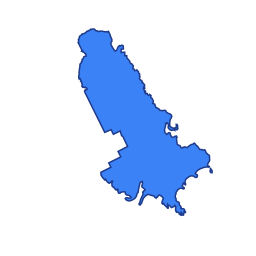 the district of Shellharbour, New South Wales, Australia, rotated 54°
{"feature_id": "25037944B55724853403969", "entity_name": "Shellharbour", "entity_type": "district", "adm_level": 2, "iso_a3": "AUS", "parent_name": "Australia", "parent_adm1": "New South Wales", "projection": "albers", "projection_center": [150.774, -34.59], "detail": "fine", "context": "isolated", "style": "filled", "palette": "blue", "viewbox_px": 256, "rotation_deg": 54, "n_neighbors": 0, "source": "geoboundaries", "source_scale": "gbopen_adm2", "svg_char_len": 5824}
<svg xmlns="http://www.w3.org/2000/svg" viewBox="0 0 256 256"><g transform="rotate(54 128 128)"><path d="M197.4,163.3L196.9,163.0L197.0,161.5L194.0,157.1L193.3,154.5L193.2,151.8L193.8,150.5L197.4,147.8L197.9,146.9L199.3,147.1L201.3,146.5L200.8,145.6L201.1,145.1L201.2,144.3L200.4,143.1L200.7,142.0L203.3,140.8L205.6,140.8L206.1,141.2L206.4,142.0L207.8,143.9L208.7,144.7L209.8,144.7L210.0,144.6L210.1,144.0L209.8,143.6L210.0,143.5L211.2,143.8L213.9,143.4L214.7,142.8L215.3,143.2L216.3,143.0L216.5,142.7L216.0,142.0L213.4,141.2L213.1,140.8L214.0,141.0L215.2,139.9L217.9,139.7L218.3,137.8L218.7,137.2L218.6,136.4L217.9,135.7L218.0,135.6L219.8,135.5L222.2,137.8L223.0,137.8L223.3,138.1L224.2,138.3L224.7,138.2L224.7,137.4L225.6,137.2L226.3,136.7L227.9,137.1L230.0,136.2L230.0,135.9L229.7,135.7L227.6,135.2L227.3,134.9L227.4,134.5L228.6,134.8L229.4,134.5L230.2,135.1L230.9,134.7L231.1,134.3L231.0,134.1L230.3,134.1L230.0,133.0L228.7,132.1L230.1,131.2L229.9,130.9L229.4,131.0L228.5,130.6L226.4,130.3L225.6,131.0L225.2,131.8L224.4,132.5L223.9,132.3L223.5,131.6L222.1,131.4L220.2,131.7L218.9,130.6L218.1,130.6L217.6,130.6L216.6,131.5L214.9,131.7L213.3,130.6L212.2,130.6L210.8,129.8L210.1,129.1L209.6,128.0L208.4,127.1L207.4,124.4L207.2,122.4L207.3,121.5L208.1,120.2L209.9,119.0L210.1,118.3L209.3,117.6L207.6,118.3L207.0,118.3L206.5,118.0L206.2,116.9L205.9,116.4L205.2,115.9L205.1,115.3L205.7,115.0L207.4,115.2L207.8,115.0L207.7,114.7L207.2,114.3L205.8,114.0L204.0,112.4L203.5,111.5L203.3,109.2L203.3,107.0L203.8,105.0L205.5,103.2L207.5,102.6L208.3,101.5L208.1,100.6L207.1,99.7L206.3,99.6L205.7,100.1L204.4,100.3L203.7,98.8L203.2,96.6L203.5,93.2L204.7,89.2L205.9,87.1L207.2,85.6L207.3,84.9L206.8,84.8L205.7,85.6L204.7,85.4L203.6,84.1L202.7,81.8L202.1,80.9L198.3,78.4L197.7,78.3L196.9,78.8L193.8,79.3L191.3,78.6L190.6,78.9L189.9,80.5L188.9,80.8L187.6,82.5L185.6,82.6L184.0,82.4L182.0,83.0L180.0,83.0L179.1,83.3L179.2,85.0L178.6,86.5L178.4,88.6L178.5,91.6L178.0,92.3L176.7,93.0L176.1,94.3L176.0,96.0L175.3,96.6L172.9,96.3L170.8,97.6L169.8,97.7L165.0,95.0L164.6,94.5L164.3,93.7L163.8,93.9L163.0,93.5L162.2,95.1L162.4,96.0L161.9,97.3L160.4,98.0L159.1,97.6L158.4,97.7L157.0,97.0L156.4,97.0L155.9,97.6L155.8,98.3L155.7,98.8L156.0,99.1L156.0,100.4L153.9,100.8L152.1,100.3L150.4,99.0L148.2,96.2L147.2,95.2L146.7,95.0L147.0,94.8L146.6,93.7L146.9,93.2L148.5,93.2L150.1,94.0L151.0,95.1L151.4,95.4L153.8,95.2L155.4,94.4L156.4,92.3L157.5,91.5L156.1,91.1L155.9,90.6L156.5,90.5L157.5,89.5L158.1,89.6L158.3,89.1L157.6,87.8L156.6,87.5L155.4,86.5L154.1,86.2L153.5,86.8L154.5,87.1L154.3,87.4L155.6,88.1L155.5,90.5L153.8,92.2L151.7,92.9L150.4,92.7L148.1,91.0L146.2,89.2L145.2,87.0L144.3,85.7L143.0,85.3L141.6,85.6L139.6,86.9L137.7,87.6L136.2,87.3L135.6,87.5L135.1,88.1L134.3,89.9L132.4,91.8L130.6,91.8L129.8,92.4L128.8,92.6L127.7,93.4L124.4,92.3L122.7,93.6L121.8,92.1L121.1,91.7L118.2,91.1L116.8,91.6L116.2,91.3L115.3,90.3L114.6,90.6L113.6,90.7L113.8,91.4L113.6,92.3L112.6,92.4L111.5,92.1L110.8,92.6L110.8,93.3L110.7,93.6L109.6,93.2L109.1,93.6L108.2,93.0L108.5,92.2L108.4,92.1L107.7,92.5L105.6,92.7L105.4,92.4L105.8,92.1L105.7,91.3L105.1,91.6L104.2,91.3L104.7,90.6L104.1,90.2L103.6,90.2L103.3,89.5L102.8,89.2L100.0,89.4L99.6,90.0L99.0,89.3L97.6,89.0L97.1,89.5L95.2,89.8L94.4,89.4L93.5,88.1L92.5,88.1L91.7,87.1L90.6,86.9L89.9,87.1L88.4,86.4L87.2,86.8L86.2,86.7L86.3,87.4L85.5,88.8L83.8,88.5L82.8,89.2L82.3,88.9L81.2,87.4L80.5,87.1L79.7,87.3L78.8,87.1L76.8,88.0L76.1,87.9L75.0,87.3L70.7,87.7L68.7,86.5L67.7,88.1L64.7,86.1L62.9,89.1L60.2,87.3L61.4,85.3L58.7,83.6L57.4,84.2L57.2,84.8L57.1,86.2L56.3,86.6L56.6,88.4L58.4,91.4L58.4,93.0L57.9,93.3L53.5,93.2L50.5,92.7L48.7,91.5L48.6,90.3L46.9,89.0L44.4,88.5L41.6,87.6L38.3,87.0L38.1,88.5L37.4,88.8L36.8,89.9L34.0,92.5L32.9,94.3L32.9,94.8L32.3,95.4L31.3,95.7L30.7,96.8L28.4,97.0L27.9,97.4L27.0,98.7L26.7,99.7L26.3,100.0L26.6,100.2L26.3,101.1L26.3,102.4L25.9,102.8L26.0,103.7L25.6,104.3L26.0,106.1L25.6,108.6L24.9,110.0L25.4,111.0L25.3,113.3L27.0,115.1L27.1,116.0L29.6,117.5L29.5,118.1L37.7,119.5L38.6,120.5L39.2,119.5L39.4,119.8L40.0,119.8L40.7,119.3L41.7,119.0L42.4,119.1L43.5,118.6L44.1,119.1L45.2,119.5L44.5,121.3L44.5,122.1L45.7,123.8L45.5,124.8L46.8,125.8L47.0,126.5L47.2,126.4L47.7,126.9L48.0,129.0L49.4,130.5L49.8,130.4L50.8,131.7L54.4,135.1L55.7,135.7L57.0,137.4L59.0,138.6L59.5,138.7L59.2,137.9L59.6,137.7L62.0,138.2L62.4,138.9L63.3,138.6L64.1,138.7L64.6,138.9L64.7,139.2L65.7,139.3L67.0,140.2L66.9,140.6L68.2,140.8L68.2,140.2L69.1,140.0L69.7,139.4L69.9,138.6L71.9,137.9L72.8,138.7L72.4,139.6L72.0,139.8L72.4,140.1L72.2,140.3L72.4,141.3L73.3,141.8L117.9,149.4L119.4,142.7L124.5,143.5L125.8,136.1L130.4,137.7L131.7,137.2L132.2,137.2L142.7,139.2L141.1,149.8L147.1,150.8L144.9,164.1L149.7,164.9L147.9,175.9L149.0,176.8L150.4,177.3L150.4,177.5L153.0,177.7L155.9,177.4L156.5,177.3L156.2,176.4L157.6,176.3L158.9,176.5L160.9,176.1L161.8,175.5L161.5,172.0L162.0,171.7L163.0,173.4L165.5,175.0L167.1,174.8L167.5,174.5L171.0,174.2L171.1,173.7L171.0,173.1L171.6,172.3L171.8,172.3L171.8,172.9L172.1,173.2L172.7,173.1L173.4,173.4L173.6,173.1L174.6,173.8L175.4,173.8L176.1,172.5L175.8,171.5L177.0,169.0L177.7,168.3L178.1,168.0L178.5,168.1L179.9,168.7L180.7,168.7L181.6,168.3L183.1,166.8L185.2,166.2L185.8,166.2L186.0,166.4L185.9,167.2L185.6,168.3L184.2,169.4L183.3,170.6L183.6,171.8L185.0,171.7L186.1,171.3L187.4,170.2L188.1,169.2L188.8,166.6L189.0,163.7L188.7,162.9L188.1,161.2L186.3,159.1L186.1,157.7L184.7,156.5L179.6,150.8L179.3,149.4L179.5,148.0L181.0,148.4L183.2,151.1L184.3,151.3L187.3,150.4L188.1,150.6L188.3,151.3L188.1,152.4L188.6,153.9L189.4,154.1L190.5,154.9L193.5,160.2L195.3,162.4L195.7,163.5L196.3,164.0L196.8,163.9L197.4,163.3ZM209.2,85.2L210.3,85.8L210.7,86.6L211.5,87.2L212.9,87.2L213.6,86.3L212.1,85.0L210.5,85.2L209.3,84.9L209.2,85.2Z" fill="#3b82f6" stroke="#1e3a8a" stroke-width="1.5"/></g></svg>